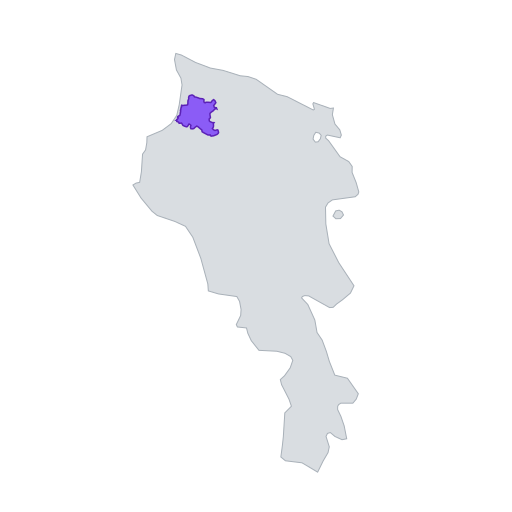 Akhuryan, Shirak, Armenia shown in context, rotated 28°
{"feature_id": "60910142B23641849516282", "entity_name": "Akhuryan", "entity_type": "district", "adm_level": 2, "iso_a3": "ARM", "parent_name": "Armenia", "parent_adm1": "Shirak", "projection": "mercator", "projection_center": [43.836, 40.81], "detail": "fine", "context": "in_parent", "style": "filled", "palette": "violet", "viewbox_px": 512, "rotation_deg": 28, "n_neighbors": 0, "source": "geoboundaries", "source_scale": "gbopen_adm2", "svg_char_len": 4387}
<svg xmlns="http://www.w3.org/2000/svg" viewBox="0 0 512 512"><g transform="rotate(28 256 256)"><path d="M230.3,309.2L226.6,303.3L208.4,284.0L191.4,269.1L179.8,262.9L168.0,263.6L149.8,266.6L143.1,265.3L127.3,258.8L114.0,251.1L115.9,247.9L118.7,245.6L115.3,235.5L108.0,219.3L108.7,214.2L106.4,207.2L103.8,201.9L114.2,189.1L119.0,178.9L120.0,168.9L117.2,158.5L110.4,139.7L106.2,134.2L98.4,129.1L91.8,120.8L90.1,114.8L95.7,113.6L111.8,113.5L127.4,111.5L139.7,107.6L157.4,104.3L164.7,101.3L173.2,99.9L199.1,103.1L208.8,100.7L238.0,100.2L238.7,99.0L234.8,95.0L234.8,93.5L252.2,90.9L254.9,89.0L257.1,95.4L263.7,102.4L270.8,105.3L274.6,109.2L274.8,112.1L262.2,115.7L261.3,117.5L262.2,119.2L265.9,120.1L283.6,128.9L293.6,129.1L298.9,131.8L301.6,137.1L310.0,144.2L316.7,151.2L317.1,153.6L315.8,157.1L297.1,170.6L294.7,175.3L294.4,180.2L302.6,194.9L314.8,210.9L332.3,223.1L356.5,236.3L356.8,244.4L352.9,254.1L349.7,260.6L348.2,265.1L345.2,267.0L321.2,266.5L317.6,268.1L316.0,270.0L315.9,271.6L324.5,274.5L338.0,284.9L345.8,294.9L353.9,299.2L362.9,307.2L370.2,314.6L381.5,324.2L394.1,321.0L411.0,329.6L411.7,335.3L410.6,340.5L400.0,346.1L398.7,348.5L398.7,350.4L400.1,353.2L406.3,357.8L413.6,364.6L421.9,374.8L418.2,377.8L410.5,378.3L404.5,377.0L402.4,379.1L402.5,382.4L410.3,390.1L411.9,395.8L411.5,405.5L411.9,417.9L393.7,417.0L378.1,423.0L372.3,421.8L368.4,411.3L365.0,402.8L355.1,381.0L357.8,372.0L352.3,366.9L339.0,357.6L335.5,353.7L337.4,348.4L338.7,338.7L337.5,330.9L333.9,328.5L327.2,328.3L319.1,330.3L302.9,337.9L291.6,333.0L285.1,328.1L281.4,324.0L272.9,327.4L270.8,325.8L270.4,315.7L267.9,310.2L262.8,303.8L258.1,300.8L240.7,307.1L230.3,309.2ZM257.2,126.0L257.8,122.3L256.9,118.9L254.1,117.8L250.7,118.7L250.4,122.4L251.5,126.0L254.9,127.6L257.2,126.0ZM313.0,183.3L309.0,185.6L305.2,184.6L305.2,178.8L307.9,176.5L311.1,176.6L314.0,178.7L313.0,183.3Z" fill="#d9dde1" stroke="#a8b0b8" stroke-width="1"/><path d="M152.3,144.5L151.4,143.7L149.5,144.4L148.0,143.0L148.4,140.9L148.6,139.5L146.9,138.2L145.2,137.8L144.4,139.3L144.3,140.7L144.0,141.7L142.3,142.4L140.4,143.3L139.6,143.8L139.3,144.5L138.3,144.8L137.5,144.1L136.6,142.3L135.1,142.2L133.6,142.8L132.3,143.4L131.4,143.4L128.9,143.8L126.9,144.4L125.9,143.7L123.9,143.8L122.7,145.0L122.3,145.3L121.8,146.3L122.1,147.7L122.5,148.3L122.8,148.8L122.9,150.0L123.0,150.8L124.4,153.7L124.6,154.6L123.9,155.4L122.2,156.4L120.7,157.5L119.6,157.7L119.6,157.9L119.7,158.2L119.7,158.4L119.8,158.6L120.1,158.9L120.1,159.0L120.0,159.3L120.2,159.5L120.3,159.6L120.3,159.8L120.2,159.9L120.2,160.1L120.2,160.3L120.3,160.7L120.3,160.8L120.5,161.0L120.6,161.3L120.7,161.6L120.8,161.9L120.8,162.1L120.8,162.4L120.9,162.5L121.0,162.7L121.0,163.0L121.3,163.1L121.4,163.4L121.5,163.5L121.6,163.8L121.6,164.0L121.7,164.3L121.7,164.6L121.9,164.7L122.0,164.8L122.0,165.0L122.1,165.3L122.2,165.5L122.2,165.8L122.3,165.9L122.4,166.1L122.4,166.4L122.5,166.5L122.6,167.0L122.7,167.3L122.7,167.5L122.7,167.8L122.6,168.0L122.4,168.2L122.2,168.3L122.1,168.6L121.8,168.9L121.7,169.1L121.8,169.4L121.8,169.5L121.7,169.7L121.5,169.8L121.5,170.0L121.9,170.0L122.0,170.0L122.3,170.3L122.3,170.6L122.2,170.7L122.1,170.8L122.3,171.0L122.4,170.9L122.5,170.9L122.5,171.2L122.5,171.4L122.5,171.5L122.4,172.0L122.2,172.3L122.1,172.5L122.2,172.8L121.9,172.9L121.9,173.0L122.0,173.1L122.2,173.3L122.1,173.5L122.3,173.4L122.4,173.5L122.5,173.8L122.5,173.7L122.6,173.8L122.7,174.0L122.8,174.2L122.9,174.4L124.3,174.2L125.0,174.2L125.8,174.9L127.9,173.6L130.2,175.0L132.2,174.9L132.7,174.8L133.9,174.6L134.6,174.0L134.8,172.7L134.8,171.4L134.9,170.9L136.0,170.9L137.2,171.2L137.4,172.4L137.9,173.5L138.8,174.2L140.5,173.4L141.3,172.6L141.7,171.2L142.0,170.5L142.3,170.0L142.7,169.1L143.9,169.1L145.3,169.4L146.6,169.7L147.6,169.9L148.9,170.1L150.1,171.6L151.7,171.7L152.9,171.7L155.5,171.7L156.7,171.7L157.9,171.1L158.7,170.6L159.4,171.2L160.3,171.1L161.5,170.2L162.2,169.7L162.8,169.0L163.8,167.8L164.5,167.0L165.0,165.6L165.0,164.6L164.6,164.1L163.9,163.3L163.3,162.7L162.7,162.7L162.2,163.1L161.4,163.9L160.9,164.4L159.4,164.5L157.7,164.0L157.8,162.1L157.4,161.1L157.2,160.7L156.2,159.1L156.3,158.0L154.8,158.7L153.5,158.8L152.5,158.9L152.0,158.8L151.5,158.7L150.8,157.9L150.3,157.0L150.7,156.2L150.7,155.0L149.0,152.9L148.8,152.5L148.4,151.7L148.9,150.1L150.0,148.0L150.6,145.8L151.4,144.7L152.2,144.5L152.3,144.5Z" fill="#8b5cf6" stroke="#5b21b6" stroke-width="1.5"/></g></svg>